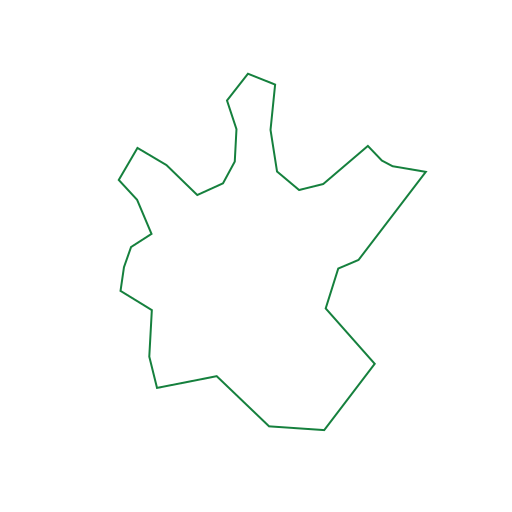 outline of Szeged, rotated 214°
{"feature_id": "HUN-4916", "entity_name": "Szeged", "entity_type": "Urban county", "adm_level": 1, "iso_a3": "HUN", "parent_name": "Hungary", "parent_adm1": "", "projection": "equal_earth", "projection_center": [20.159, 46.25], "detail": "fine", "context": "isolated", "style": "outline", "palette": "green", "viewbox_px": 512, "rotation_deg": 214, "n_neighbors": 0, "source": "natural_earth", "source_scale": "10m", "svg_char_len": 572}
<svg xmlns="http://www.w3.org/2000/svg" viewBox="0 0 512 512"><g transform="rotate(214 256 256)"><path d="M224.8,409.8L205.0,405.5L193.0,406.8L162.3,420.7L168.8,310.1L180.8,291.6L168.9,251.5L97.3,233.0L102.1,149.8L149.9,122.1L221.4,134.4L264.3,91.3L288.2,112.9L312.1,152.9L348.8,151.3L359.2,172.9L364.6,193.6L355.0,215.9L386.0,236.1L412.3,242.3L414.7,279.3L381.0,281.3L338.8,273.7L324.0,297.8L326.4,322.4L343.1,350.2L367.0,368.7L364.6,402.6L336.0,408.8L314.5,368.7L285.8,337.8L257.2,334.8L240.5,353.3L224.8,409.8Z" fill="none" stroke="#15803d" stroke-width="2"/></g></svg>